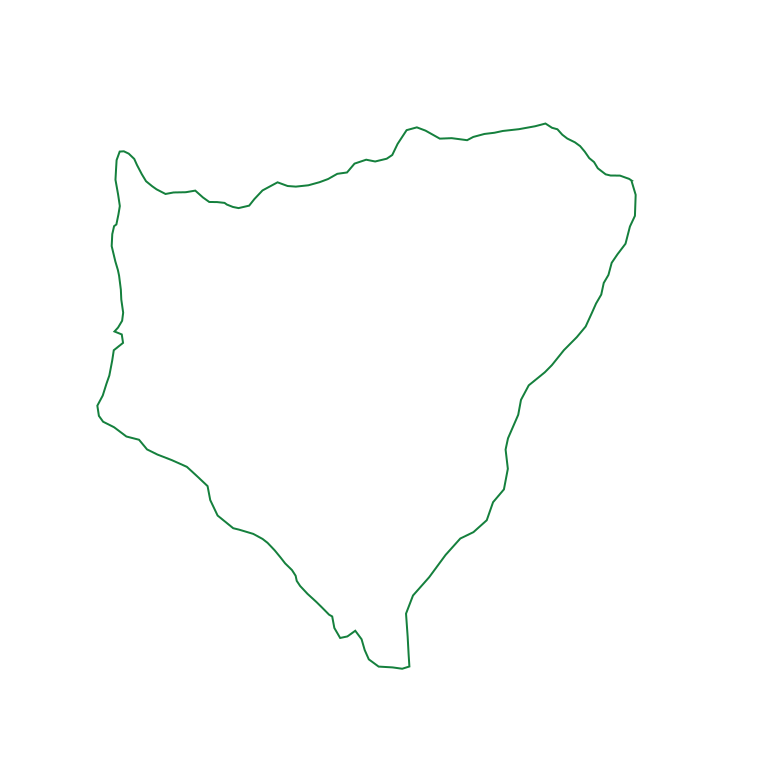 the district of Gobustan District, Qobustan, Azerbaijan, rotated 78°
{"feature_id": "54616110B43271825035432", "entity_name": "Gobustan District", "entity_type": "district", "adm_level": 2, "iso_a3": "AZE", "parent_name": "Azerbaijan", "parent_adm1": "Qobustan", "projection": "mercator", "projection_center": [48.924, 40.545], "detail": "fine", "context": "isolated", "style": "outline", "palette": "green", "viewbox_px": 768, "rotation_deg": 78, "n_neighbors": 0, "source": "geoboundaries", "source_scale": "gbopen_adm2", "svg_char_len": 2213}
<svg xmlns="http://www.w3.org/2000/svg" viewBox="0 0 768 768"><g transform="rotate(78 384 384)"><path d="M236.4,99.6L234.4,101.5L229.2,109.9L227.2,119.0L225.0,123.6L217.5,130.0L210.6,132.4L205.7,136.3L198.5,139.3L192.1,142.7L187.3,147.0L182.0,153.7L177.2,157.8L170.9,161.4L168.3,166.4L162.8,171.9L163.3,182.6L162.8,199.0L161.2,215.2L161.2,223.8L160.3,233.8L160.9,245.3L162.8,252.0L157.6,266.7L155.6,278.4L144.8,290.7L139.8,298.5L140.4,309.1L152.0,320.8L161.7,328.3L164.2,334.5L164.5,346.4L160.9,354.8L162.3,367.0L169.4,376.2L168.7,386.0L171.9,396.2L173.2,405.1L173.9,416.7L172.6,429.2L170.3,437.1L164.6,446.2L169.4,462.6L176.2,472.4L181.5,478.8L181.7,489.7L179.4,495.0L175.8,500.4L173.7,502.3L171.4,509.3L169.6,517.1L163.9,522.3L155.6,528.4L155.2,538.0L152.9,550.0L152.7,558.2L146.3,566.0L142.4,569.6L136.2,574.6L128.4,577.3L118.4,580.1L111.9,581.5L105.6,585.8L102.3,590.1L101.7,594.2L109.4,599.0L117.7,601.3L128.4,604.2L143.5,604.7L155.0,605.4L162.9,608.5L172.3,612.6L173.5,615.2L180.0,618.2L180.8,618.6L192.5,621.7L208.3,621.3L217.2,620.6L222.9,620.6L237.1,621.8L246.7,623.4L260.0,624.3L267.7,627.0L273.5,632.4L276.6,636.7L281.0,630.2L289.5,630.7L294.8,641.3L304.6,645.0L318.6,650.9L326.0,655.4L336.8,661.5L345.6,668.9L355.9,669.5L362.5,666.6L370.2,657.0L381.8,646.9L387.6,635.2L398.7,629.4L405.9,620.3L414.4,607.3L424.1,594.0L435.2,586.1L447.2,577.8L461.4,578.1L478.1,574.1L493.7,561.5L496.3,556.1L499.3,550.6L503.4,543.1L510.3,535.0L515.2,530.9L524.0,525.5L532.3,521.2L538.9,518.0L546.9,512.7L553.2,510.3L558.4,510.3L564.2,508.0L573.3,502.5L582.8,495.7L589.9,491.0L598.2,485.7L600.6,483.0L612.3,483.3L623.3,479.7L623.3,472.3L619.4,463.4L629.0,459.0L640.2,458.2L650.2,456.1L659.3,448.0L663.0,434.5L666.3,425.4L665.6,417.9L654.0,416.2L636.1,413.4L613.2,410.2L596.9,399.6L582.4,380.0L564.0,359.3L551.0,341.5L547.5,327.3L538.6,311.8L522.3,301.9L512.0,288.6L492.7,280.5L473.4,278.7L462.9,274.0L442.0,259.1L428.0,253.3L415.4,242.7L406.0,224.3L400.4,215.8L388.3,201.0L378.2,185.6L369.7,174.8L357.3,165.6L349.3,159.8L341.7,152.9L331.2,148.2L330.9,148.1L324.0,141.8L312.8,136.1L305.7,128.7L297.0,118.6L281.1,110.7L271.7,103.6L251.3,98.5L236.4,99.7L236.4,99.6Z" fill="none" stroke="#15803d" stroke-width="2"/></g></svg>